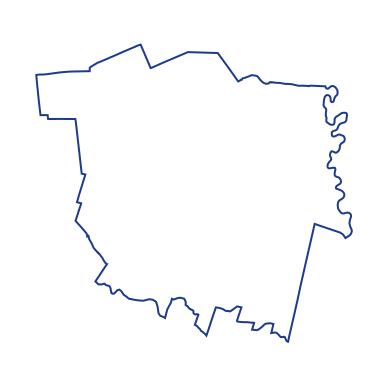 the district of Prejmer, Brasov, Romania, rotated 93°
{"feature_id": "2599482B31242475227113", "entity_name": "Prejmer", "entity_type": "district", "adm_level": 2, "iso_a3": "ROU", "parent_name": "Romania", "parent_adm1": "Brasov", "projection": "equal_earth", "projection_center": [25.776, 45.717], "detail": "fine", "context": "isolated", "style": "outline", "palette": "blue", "viewbox_px": 384, "rotation_deg": 93, "n_neighbors": 0, "source": "geoboundaries", "source_scale": "gbopen_adm2", "svg_char_len": 5800}
<svg xmlns="http://www.w3.org/2000/svg" viewBox="0 0 384 384"><g transform="rotate(93 192 192)"><path d="M208.2,306.3L209.1,302.1L209.5,302.1L216.7,304.1L219.9,304.9L226.9,306.8L232.1,301.6L238.6,295.4L239.0,295.1L240.0,294.7L241.9,294.3L241.2,293.1L243.7,292.5L244.2,292.3L247.7,290.1L250.1,288.7L252.9,287.4L257.0,283.4L257.8,282.6L257.5,282.5L258.9,281.1L262.5,278.1L264.7,276.8L267.1,275.0L268.6,273.4L268.6,273.2L271.9,275.2L286.4,283.8L289.1,280.6L289.1,278.7L289.1,277.4L288.6,276.1L288.1,275.0L288.2,274.3L288.9,273.9L289.4,273.2L289.8,272.0L289.9,270.5L290.4,269.4L292.5,268.3L294.9,267.8L297.2,267.1L297.7,265.9L297.6,264.6L295.7,262.8L294.0,261.5L293.3,259.5L294.8,257.3L298.2,254.8L299.6,252.5L301.9,249.3L302.8,242.6L303.1,238.7L303.1,234.7L302.1,231.7L301.3,228.9L301.7,225.4L303.6,222.1L308.2,220.4L314.7,219.1L317.2,217.3L318.1,214.6L319.2,212.3L310.8,210.6L309.6,210.1L305.4,208.1L303.6,207.3L302.5,207.0L299.7,206.5L300.4,204.8L299.4,202.4L298.6,200.5L298.4,199.5L298.3,198.7L298.3,196.8L298.6,196.1L298.9,194.7L299.0,194.3L299.3,194.0L301.1,193.0L301.9,192.7L303.0,192.4L304.8,192.5L305.3,192.4L305.6,192.0L306.0,191.0L306.5,190.2L306.9,189.9L307.2,189.8L307.7,189.5L308.0,189.0L308.9,188.1L309.0,187.3L309.7,186.3L309.8,185.9L309.9,185.5L310.1,185.0L310.5,184.4L312.8,184.2L313.2,184.0L313.6,183.4L314.0,182.6L314.1,181.6L314.0,181.2L313.8,180.9L313.7,180.1L314.2,179.2L324.5,182.2L324.9,181.1L325.9,179.7L327.4,178.3L328.0,177.4L329.2,176.3L329.9,175.9L330.4,175.5L331.0,174.3L331.4,173.7L332.9,171.8L334.0,170.7L334.7,170.1L327.4,168.0L314.3,164.5L306.0,162.1L306.2,159.6L306.8,156.7L307.4,154.9L308.9,152.2L309.1,150.3L308.8,149.8L308.9,149.2L309.3,148.2L309.1,147.4L306.6,144.2L303.9,141.0L304.6,136.6L318.0,140.3L318.8,140.2L319.0,139.6L319.2,137.3L319.3,132.5L319.1,130.6L319.3,126.7L319.4,125.0L319.2,124.0L319.4,123.1L326.4,124.8L326.4,123.0L326.6,120.4L326.3,119.2L325.8,118.4L324.2,116.4L322.3,114.3L321.3,113.6L319.8,111.7L319.4,110.3L319.0,107.1L319.5,103.8L328.8,105.4L328.0,102.0L328.0,100.8L328.2,100.3L329.2,98.9L332.1,96.0L332.1,93.6L332.0,92.9L331.8,92.8L332.1,91.7L335.5,90.0L336.0,89.5L336.4,88.7L336.5,88.2L331.0,87.4L305.1,82.8L304.3,82.7L295.7,81.2L278.8,78.5L232.7,70.5L217.4,67.8L218.6,63.9L224.7,42.2L225.6,40.4L226.0,39.8L226.6,39.0L227.1,38.5L230.0,36.4L229.9,36.2L229.3,35.4L228.5,34.4L227.8,33.2L226.7,32.0L225.6,31.2L224.0,30.6L223.1,30.4L222.2,30.4L221.1,30.7L219.0,31.8L217.2,32.5L215.9,32.9L214.8,33.1L213.9,33.1L212.3,32.9L208.5,32.0L207.4,31.9L206.8,32.1L206.1,32.3L205.4,32.9L204.9,33.6L204.6,34.4L204.5,35.1L204.5,36.0L204.7,36.9L204.8,37.4L205.5,39.1L205.5,39.9L205.5,40.6L205.2,41.6L204.8,42.2L203.5,43.3L202.6,44.2L201.6,44.8L200.4,45.3L197.8,45.8L196.2,45.7L195.9,45.8L195.2,45.7L193.7,45.1L193.2,44.8L192.4,44.0L191.5,42.5L190.1,40.8L189.8,40.6L189.0,40.1L188.5,39.9L187.5,39.8L186.3,39.8L185.6,40.0L184.3,40.9L183.5,41.8L182.9,42.7L182.5,43.5L181.9,45.3L181.3,47.5L181.1,47.9L180.8,48.3L180.3,48.5L179.5,48.5L178.9,48.1L178.1,47.5L176.5,45.2L175.9,44.5L175.3,44.1L174.5,43.8L173.9,43.8L172.6,44.0L172.0,44.2L171.3,44.7L170.3,45.5L169.9,46.0L169.6,47.0L169.2,48.6L169.0,49.0L168.4,49.9L167.9,50.2L167.5,50.4L166.4,50.5L165.0,50.5L163.1,50.1L162.2,50.0L161.4,50.1L160.8,50.3L160.4,50.6L160.3,50.8L160.3,51.2L160.5,52.2L160.5,53.0L160.7,53.9L161.1,55.2L161.2,56.0L161.0,57.0L160.6,57.4L160.2,57.8L159.4,58.0L158.0,58.0L156.9,57.7L156.0,57.3L154.6,56.4L153.2,55.2L152.1,54.7L151.7,54.7L151.0,54.9L149.7,55.5L149.0,55.9L148.1,56.1L147.3,56.1L146.1,55.9L145.7,55.8L145.0,55.4L144.5,55.2L144.2,54.9L144.0,54.6L144.1,53.9L144.3,53.1L145.1,51.2L145.2,50.7L145.3,50.3L145.1,49.9L144.8,49.4L144.2,48.7L143.5,48.0L142.9,47.6L142.2,47.3L141.2,46.9L139.3,46.7L137.9,46.7L136.8,46.2L136.2,45.8L135.2,44.9L134.4,43.5L133.5,42.7L132.3,42.3L131.7,42.2L131.0,42.2L129.8,42.6L128.8,43.1L128.1,43.7L127.5,45.7L126.9,47.3L126.9,48.4L127.3,49.3L128.4,51.2L128.9,52.2L129.1,53.3L129.2,53.9L129.0,54.4L128.5,55.0L127.7,55.3L126.7,55.5L125.9,55.5L125.2,55.5L124.5,55.1L123.9,54.4L123.3,53.1L123.0,51.9L122.4,51.0L121.0,50.0L119.7,49.7L118.3,49.2L116.1,47.6L115.0,45.1L114.7,43.7L114.0,42.7L113.4,42.2L112.1,41.6L109.7,41.5L107.3,41.2L106.2,41.4L105.2,41.9L104.9,42.9L105.0,45.4L105.6,47.1L108.0,49.9L108.7,51.1L110.0,52.6L111.8,53.4L114.3,53.3L116.5,53.6L117.3,54.2L117.4,55.0L117.5,55.8L117.5,57.0L117.3,57.8L115.0,61.2L113.5,61.7L111.0,61.5L109.2,62.3L106.7,62.5L103.7,62.2L102.2,62.4L101.2,63.1L100.3,64.2L98.7,65.2L93.2,65.0L89.8,64.3L88.9,63.5L88.1,62.4L88.2,61.3L88.5,60.1L89.5,59.1L91.3,58.5L94.0,58.2L94.9,57.2L94.7,56.0L93.7,55.2L91.2,54.7L89.8,54.2L88.7,53.5L87.3,52.1L85.8,51.8L84.0,51.9L82.8,52.2L80.3,53.9L79.3,55.3L78.8,56.8L78.9,58.3L81.8,61.7L81.5,63.3L79.5,64.4L79.6,79.3L79.6,79.6L79.9,80.1L80.1,80.5L80.1,81.4L80.0,83.3L80.1,88.0L80.3,91.4L79.2,97.7L79.1,98.6L79.1,100.2L79.0,102.2L79.2,103.3L79.2,103.8L78.6,109.1L78.5,110.7L78.5,114.5L78.5,115.0L78.3,115.4L78.3,115.7L78.4,116.4L78.3,116.9L78.5,117.9L78.5,118.6L78.4,119.2L78.3,119.6L78.2,119.5L78.2,119.9L79.0,120.6L79.4,121.2L79.8,121.8L80.0,124.0L79.5,125.7L78.7,127.1L77.8,128.2L76.8,129.4L73.8,132.0L73.1,132.5L72.5,134.6L72.2,138.2L72.3,138.8L73.8,141.8L74.3,143.2L75.2,145.0L75.8,147.2L75.9,147.4L76.3,147.7L77.3,148.1L77.4,148.4L77.4,149.1L77.5,149.4L78.3,150.0L79.2,151.6L65.5,162.5L53.7,172.1L52.0,173.4L51.9,174.2L52.5,203.1L52.7,203.8L56.7,212.0L63.8,226.5L70.1,239.0L70.4,239.6L70.4,239.8L47.5,251.0L48.3,253.2L55.4,267.7L59.3,275.3L67.0,291.0L67.9,293.2L72.6,300.0L73.2,300.6L76.7,300.5L78.0,318.5L78.3,321.6L79.5,330.2L82.0,343.4L82.4,346.0L82.6,348.7L82.7,350.6L83.3,353.6L90.0,352.7L109.9,349.6L123.2,347.3L122.8,340.2L126.6,339.5L125.8,324.3L125.2,312.3L128.0,311.7L179.5,303.1L180.1,299.4L200.7,304.6L208.2,306.3Z" fill="none" stroke="#1e3a8a" stroke-width="2"/></g></svg>